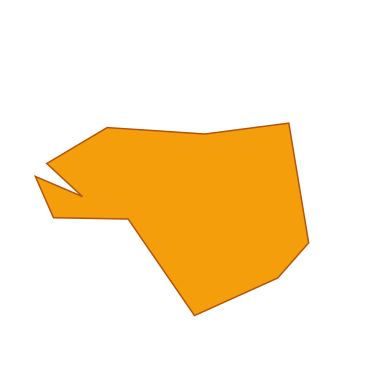 Martinsville, Virginia, United States of America (Robinson projection), rotated 136°
{"feature_id": "52423323B40390347243240", "entity_name": "Martinsville", "entity_type": "district", "adm_level": 2, "iso_a3": "USA", "parent_name": "United States of America", "parent_adm1": "Virginia", "projection": "robinson", "projection_center": [-79.858, 36.679], "detail": "fine", "context": "isolated", "style": "filled", "palette": "amber", "viewbox_px": 384, "rotation_deg": 136, "n_neighbors": 0, "source": "geoboundaries", "source_scale": "gbopen_adm2", "svg_char_len": 323}
<svg xmlns="http://www.w3.org/2000/svg" viewBox="0 0 384 384"><g transform="rotate(136 192 192)"><path d="M74.5,174.3L142.6,224.9L208.3,297.3L276.7,313.4L274.0,264.8L293.9,312.0L309.5,269.7L256.7,216.9L268.4,147.0L276.0,101.4L190.0,70.6L143.4,74.4L74.5,174.3Z" fill="#f59e0b" stroke="#b45309" stroke-width="1.5"/></g></svg>